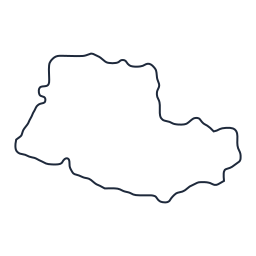 Imbert, Puerto Plata, Dominican Republic
{"feature_id": "3306468B41298949605028", "entity_name": "Imbert", "entity_type": "district", "adm_level": 2, "iso_a3": "DOM", "parent_name": "Dominican Republic", "parent_adm1": "Puerto Plata", "projection": "mercator", "projection_center": [-70.857, 19.757], "detail": "fine", "context": "isolated", "style": "outline", "palette": "slate", "viewbox_px": 256, "rotation_deg": 0, "n_neighbors": 0, "source": "geoboundaries", "source_scale": "gbopen_adm2", "svg_char_len": 3361}
<svg xmlns="http://www.w3.org/2000/svg" viewBox="0 0 256 256"><path d="M224.0,180.9L223.7,177.0L223.7,173.5L223.9,171.9L224.2,171.2L224.5,170.5L224.9,169.8L226.1,169.1L230.1,167.8L232.2,166.7L239.1,161.7L239.6,161.2L240.3,159.8L240.5,159.0L240.6,157.3L240.6,155.6L240.4,153.9L239.9,152.2L238.1,148.2L237.5,145.6L237.3,142.8L237.4,136.3L237.1,133.6L236.9,132.8L236.3,131.3L235.8,130.6L234.8,129.5L233.5,128.7L232.7,128.4L230.2,127.9L225.8,127.9L222.3,128.3L220.0,129.0L216.7,130.6L213.7,131.4L210.3,128.0L207.3,125.7L204.6,124.2L203.4,123.4L201.9,121.9L199.9,119.3L199.4,118.8L198.8,118.4L197.5,118.0L196.7,117.9L195.2,118.0L193.7,118.4L193.0,118.8L191.7,119.7L188.6,122.3L187.2,123.3L186.5,123.7L185.7,124.0L184.0,124.4L181.4,124.6L177.9,124.5L176.1,124.3L174.4,124.0L172.9,123.5L169.6,121.9L164.4,120.6L163.0,120.0L161.9,119.0L160.9,117.8L160.6,117.2L160.1,115.6L159.8,113.0L159.8,105.1L159.5,102.5L159.1,100.9L157.3,96.9L156.9,94.6L156.9,93.0L157.1,91.4L157.6,90.0L158.5,88.1L159.0,86.8L159.2,85.3L159.0,83.8L157.3,79.1L157.0,77.6L156.5,72.7L156.0,70.3L155.2,68.8L154.2,67.5L152.5,65.7L151.2,64.7L149.7,64.0L148.9,63.8L147.4,63.8L146.0,64.2L142.8,65.8L140.3,66.4L138.6,66.6L136.0,66.7L134.2,66.6L132.5,66.4L130.8,66.0L129.4,65.3L127.8,63.9L125.9,61.3L125.4,60.8L124.2,60.2L122.9,60.0L121.6,60.1L121.0,60.3L120.0,60.9L118.7,62.0L118.1,62.3L116.7,62.8L115.1,63.0L112.5,63.2L109.9,63.0L108.1,62.8L106.5,62.3L105.0,61.4L100.5,57.7L99.1,56.8L93.3,54.0L92.0,53.7L91.0,53.6L85.8,55.4L84.1,55.8L82.3,56.0L76.8,56.1L62.2,55.8L59.5,55.8L57.7,56.0L56.0,56.5L54.5,57.3L53.2,58.3L51.5,60.0L50.5,61.4L49.7,62.9L49.4,63.7L49.1,65.5L48.9,69.3L49.2,79.7L49.1,82.3L48.7,83.9L48.3,84.6L47.8,85.2L47.2,85.6L46.5,85.9L45.1,86.2L42.1,86.5L40.7,86.9L40.1,87.3L39.6,88.0L39.2,88.6L38.8,90.2L38.9,92.6L39.3,94.1L39.6,94.8L40.1,95.4L40.6,95.8L44.0,97.0L44.5,97.4L44.9,97.9L45.2,98.5L45.4,99.8L45.2,101.1L45.0,101.7L44.6,102.3L43.4,103.0L40.2,103.8L38.9,104.4L37.7,105.3L36.7,106.3L35.9,107.6L34.6,110.3L33.1,112.9L31.6,116.4L29.5,120.3L28.2,123.2L27.3,124.6L24.3,128.5L23.4,129.9L22.8,131.3L21.9,134.1L21.4,135.4L20.5,136.4L16.2,139.6L15.5,143.7L15.4,146.2L15.5,147.8L15.8,149.4L16.1,150.1L16.4,150.8L17.4,152.0L18.5,152.9L19.9,153.6L25.2,154.8L29.2,156.6L32.2,157.4L34.5,157.9L36.0,158.5L39.2,160.2L42.0,161.5L46.0,163.5L48.4,164.1L51.9,164.4L54.5,164.5L57.1,164.4L58.8,164.2L60.3,163.8L61.5,163.1L62.0,162.6L63.3,160.5L64.6,159.1L65.7,158.5L66.4,158.3L67.0,158.3L67.7,158.5L68.3,158.9L68.8,159.5L69.1,160.2L69.4,161.6L69.6,165.7L69.7,166.5L70.2,168.1L70.8,169.4L72.2,171.9L73.0,173.0L73.5,173.5L74.7,174.2L79.0,175.5L82.9,177.2L84.4,177.7L87.4,178.3L89.0,178.8L91.0,180.0L94.5,182.9L95.7,183.8L96.9,184.5L99.9,185.8L104.7,188.4L113.4,188.3L116.0,188.5L117.7,188.7L120.0,189.4L123.3,191.0L124.8,191.5L128.6,192.4L130.0,192.9L133.3,194.5L135.9,195.1L139.4,195.3L150.2,195.3L151.9,195.4L153.5,195.7L155.0,196.2L155.6,196.6L156.1,197.1L158.0,199.7L159.1,200.7L160.3,201.5L161.1,201.8L162.7,202.2L165.3,202.4L166.9,202.2L167.7,202.0L169.1,201.2L169.6,200.7L171.1,198.4L172.6,196.6L174.4,194.8L176.3,193.3L177.8,192.7L182.3,191.6L183.8,190.9L185.2,190.1L189.7,186.5L197.2,182.8L198.8,182.3L201.4,182.1L204.1,182.1L206.7,182.3L208.4,182.6L210.0,183.0L212.6,184.2L213.9,184.7L214.6,184.9L216.1,184.9L216.9,184.7L218.2,184.2L224.0,180.9Z" fill="none" stroke="#1e293b" stroke-width="2"/></svg>